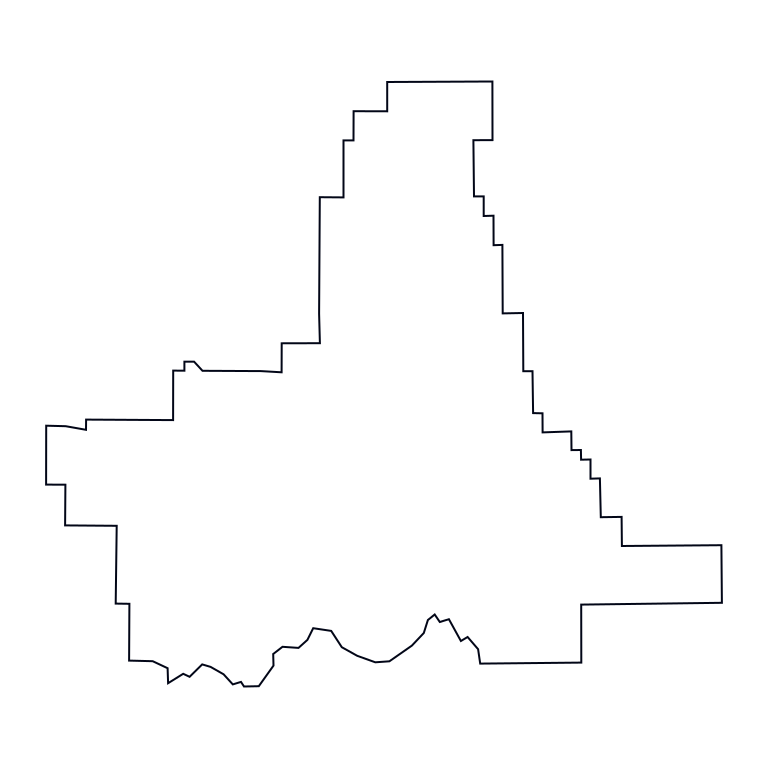 the district of Union, Oregon, United States of America
{"feature_id": "52423323B75760567644754", "entity_name": "Union", "entity_type": "district", "adm_level": 2, "iso_a3": "USA", "parent_name": "United States of America", "parent_adm1": "Oregon", "projection": "orthographic", "projection_center": [-118.033, 45.409], "detail": "fine", "context": "isolated", "style": "outline", "palette": "ink", "viewbox_px": 768, "rotation_deg": 0, "n_neighbors": 0, "source": "geoboundaries", "source_scale": "gbopen_adm2", "svg_char_len": 1234}
<svg xmlns="http://www.w3.org/2000/svg" viewBox="0 0 768 768"><path d="M258.8,686.2L273.5,665.6L273.2,654.0L282.5,646.8L298.5,647.9L307.4,639.9L313.2,628.2L331.2,630.9L341.8,647.2L357.2,655.8L375.3,662.3L389.4,661.3L411.9,645.6L423.8,633.0L427.9,620.0L434.7,614.5L439.8,622.0L448.9,619.2L460.9,641.0L467.6,637.0L478.1,649.2L480.2,663.6L581.3,662.6L581.2,604.6L721.9,602.8L721.4,545.2L621.9,546.0L621.6,516.9L600.8,517.2L599.9,478.4L590.5,478.7L590.5,459.5L581.1,459.7L580.9,450.0L571.5,450.1L571.3,431.4L542.6,432.4L542.5,413.3L533.1,413.1L532.5,371.2L523.3,371.2L523.0,313.0L502.7,313.4L502.4,244.9L493.6,245.2L493.5,215.7L483.7,216.0L483.7,196.4L474.0,196.4L473.4,140.2L492.5,140.1L492.4,81.5L387.2,82.0L387.2,111.3L353.6,111.2L353.5,140.4L343.5,140.4L343.5,197.4L319.8,197.2L319.1,313.7L319.9,343.2L281.7,343.3L281.6,372.3L261.1,371.1L202.5,370.8L194.1,361.7L184.4,361.7L184.4,370.7L173.2,370.6L173.1,420.1L86.1,419.6L86.0,429.8L65.7,426.2L46.2,425.7L46.1,484.6L65.4,484.7L65.1,525.4L116.7,525.8L115.7,603.6L129.4,603.8L129.1,660.6L152.7,661.2L167.6,668.2L168.1,683.2L183.2,673.8L189.6,676.8L202.2,664.4L210.6,666.9L223.6,674.3L232.8,684.4L241.0,681.9L244.0,686.5L258.8,686.2Z" fill="none" stroke="#020617" stroke-width="2"/></svg>